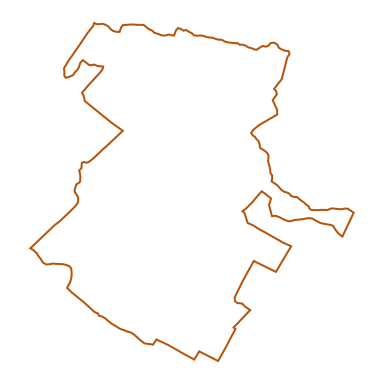 the district of Kiambaa, Central, Kenya
{"feature_id": "3690345B47179274610537", "entity_name": "Kiambaa", "entity_type": "district", "adm_level": 2, "iso_a3": "KEN", "parent_name": "Kenya", "parent_adm1": "Central", "projection": "orthographic", "projection_center": [36.767, -1.165], "detail": "fine", "context": "isolated", "style": "outline", "palette": "amber", "viewbox_px": 384, "rotation_deg": 0, "n_neighbors": 0, "source": "geoboundaries", "source_scale": "gbopen_adm2", "svg_char_len": 3762}
<svg xmlns="http://www.w3.org/2000/svg" viewBox="0 0 384 384"><path d="M94.2,23.0L93.3,25.7L90.4,29.4L86.9,33.9L84.5,37.6L79.7,44.7L73.8,53.3L68.9,60.1L64.0,68.3L64.4,72.4L64.3,75.7L65.6,77.7L68.9,77.0L73.1,75.0L74.9,72.3L77.8,69.3L78.9,67.1L80.4,62.6L82.9,60.2L84.9,61.6L87.0,63.3L88.8,64.8L91.6,65.3L94.2,64.5L97.3,66.0L100.6,66.3L103.2,66.6L102.5,69.4L99.7,73.0L89.3,84.2L82.0,92.8L83.4,95.2L84.4,98.7L84.7,101.0L100.6,113.9L111.4,122.6L117.8,127.2L122.8,130.8L121.1,132.4L107.3,145.5L103.7,148.6L101.7,150.4L99.6,152.5L96.1,155.8L92.3,159.3L90.5,160.6L88.4,162.2L86.2,162.7L84.0,162.0L81.9,162.8L81.4,168.2L79.2,170.5L80.1,174.4L80.4,176.6L80.1,181.7L78.4,183.2L76.5,184.2L75.5,186.9L74.9,189.2L74.6,191.5L76.0,193.8L77.2,195.7L78.1,197.8L78.1,201.0L77.4,203.3L76.2,205.1L74.1,207.4L69.1,212.4L59.6,221.4L57.0,223.3L54.5,225.3L30.3,248.3L33.0,249.8L35.1,251.7L36.7,253.1L37.8,255.1L39.2,257.0L40.9,259.2L42.9,262.6L46.2,264.5L49.6,264.2L53.3,263.5L55.4,263.9L57.6,263.9L60.0,264.0L63.1,264.2L66.4,265.0L69.7,266.5L71.2,268.4L71.6,271.6L71.6,275.9L71.0,279.5L69.8,282.9L68.3,285.4L67.1,287.9L72.0,292.7L80.9,299.9L84.7,303.0L94.1,311.7L98.0,313.6L99.1,315.8L101.6,316.3L105.4,318.5L108.0,320.8L111.2,323.4L114.0,325.1L116.5,326.6L119.6,328.6L121.7,329.4L124.6,330.4L126.9,331.5L129.4,331.9L131.8,333.0L133.9,334.5L136.9,337.1L140.1,340.0L142.3,341.7L144.4,343.4L153.1,344.6L154.5,342.5L156.4,339.5L168.0,344.9L171.9,347.1L184.0,354.0L194.3,359.6L199.2,351.4L218.1,361.0L226.1,346.8L235.4,329.0L233.6,327.5L250.2,310.1L247.9,308.5L245.9,307.2L244.2,305.8L242.4,303.7L239.8,303.2L237.5,303.2L235.0,301.1L234.6,297.7L235.6,295.5L242.7,281.1L253.8,261.0L275.9,271.9L291.2,246.2L283.0,242.6L265.6,232.7L257.4,228.2L255.6,226.9L253.4,225.5L247.6,222.9L244.5,213.0L242.5,211.2L245.5,209.0L249.3,205.3L252.4,202.1L253.9,200.3L259.1,194.2L261.7,191.3L264.7,193.4L271.1,198.5L269.0,204.9L272.0,216.1L275.7,215.8L280.3,217.6L283.0,219.1L285.9,220.4L289.0,221.3L291.3,221.1L293.9,220.1L297.3,219.7L302.7,219.2L308.2,218.1L312.3,218.5L314.8,220.0L316.7,221.1L320.0,222.8L323.8,223.8L328.1,224.5L331.2,225.0L333.2,226.0L334.8,228.7L336.3,230.8L338.1,233.0L340.5,235.2L342.4,236.5L353.7,212.7L350.7,210.7L347.8,208.8L345.0,208.5L342.4,209.2L339.2,209.1L335.2,208.7L331.5,208.4L327.4,210.0L323.5,209.9L321.0,209.9L317.9,210.1L314.2,210.2L311.4,209.9L309.5,208.7L308.7,206.2L306.1,204.6L304.1,202.5L302.0,201.2L299.4,199.2L297.2,197.1L294.8,197.1L291.2,196.1L289.3,193.7L287.2,192.6L284.1,191.7L281.1,189.6L279.0,187.2L277.0,185.0L274.4,183.3L271.6,181.4L272.1,179.2L272.1,175.4L270.5,173.3L270.0,168.4L269.0,164.7L268.1,161.3L268.6,155.9L267.4,153.3L265.5,151.4L262.8,149.6L260.0,147.7L259.5,144.0L258.5,141.0L256.4,139.2L255.0,136.8L253.1,135.7L251.1,133.1L253.5,129.6L259.3,125.0L266.6,120.7L273.2,116.9L277.1,114.6L277.2,110.0L272.7,100.2L276.9,94.2L276.0,90.9L274.1,88.9L278.1,83.7L281.6,79.4L285.1,66.2L286.1,61.6L287.4,57.3L289.5,53.9L288.8,51.3L284.6,50.6L281.1,49.2L278.7,47.6L277.6,45.0L275.7,43.5L273.5,42.6L270.5,43.2L268.5,45.7L265.6,46.7L262.9,45.9L260.7,47.0L258.5,48.5L256.6,49.8L254.4,49.4L251.6,48.2L248.2,47.3L245.3,45.5L242.5,44.7L239.5,44.7L237.7,43.2L235.5,43.2L231.8,42.8L228.0,42.4L224.8,41.5L221.7,39.8L218.0,39.6L215.1,38.7L212.2,37.7L209.6,37.5L206.5,37.1L203.4,35.8L200.4,35.5L197.2,35.7L194.0,35.4L192.1,33.4L189.5,32.1L186.1,30.0L183.6,30.7L181.5,29.3L178.1,28.0L175.9,30.5L175.0,33.0L174.1,35.5L171.0,35.2L168.8,34.5L165.6,35.5L161.5,35.4L157.9,33.8L154.5,32.9L151.8,30.3L148.5,29.0L146.1,26.8L143.5,24.9L139.4,24.8L136.0,24.8L133.7,24.5L131.4,24.5L126.8,24.8L122.7,25.2L121.3,27.1L119.6,31.9L116.1,31.8L113.0,30.9L110.6,29.1L108.3,26.3L105.3,24.8L102.9,23.8L100.0,24.1L96.8,24.2L94.2,23.0Z" fill="none" stroke="#b45309" stroke-width="2"/></svg>